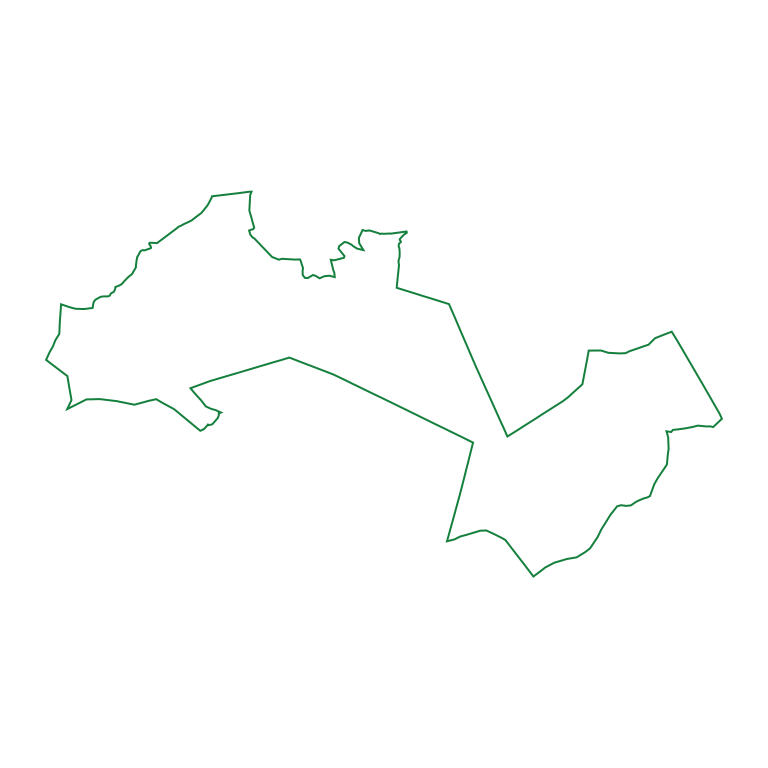 the district of Tlilapan, Veracruz, Mexico
{"feature_id": "50627088B86666193440350", "entity_name": "Tlilapan", "entity_type": "district", "adm_level": 2, "iso_a3": "MEX", "parent_name": "Mexico", "parent_adm1": "Veracruz", "projection": "orthographic", "projection_center": [-97.081, 18.793], "detail": "fine", "context": "isolated", "style": "outline", "palette": "green", "viewbox_px": 768, "rotation_deg": 0, "n_neighbors": 0, "source": "geoboundaries", "source_scale": "gbopen_adm2", "svg_char_len": 5053}
<svg xmlns="http://www.w3.org/2000/svg" viewBox="0 0 768 768"><path d="M671.7,331.7L662.3,335.3L657.1,337.4L655.2,338.1L650.2,343.0L648.6,344.7L644.3,346.1L636.3,348.9L629.8,351.1L625.5,353.2L619.3,353.4L619.2,353.4L608.3,352.8L601.0,350.5L588.7,350.6L587.0,360.1L585.4,368.5L582.4,384.2L580.4,386.1L578.0,388.2L567.9,397.4L563.0,401.1L540.7,415.3L536.3,418.2L526.5,424.4L523.3,426.4L518.9,429.3L507.4,436.5L503.6,427.9L502.5,425.5L501.8,424.1L495.7,410.5L491.0,400.0L488.0,393.4L480.8,377.5L478.6,372.6L476.1,367.0L472.7,359.2L465.5,342.4L460.1,329.9L454.2,316.0L449.0,304.1L444.9,302.8L430.5,298.3L422.6,295.9L418.3,294.5L396.7,287.8L397.6,278.3L398.4,270.9L398.7,267.8L398.8,267.2L399.0,264.7L398.8,263.7L398.5,262.4L398.7,260.1L399.5,257.3L399.6,255.0L399.7,253.0L399.4,248.8L399.4,248.2L399.2,247.8L398.9,247.0L398.7,246.3L398.8,244.7L399.0,243.8L399.3,243.4L400.3,242.6L400.9,241.9L400.7,241.1L400.2,240.6L399.8,240.1L399.7,239.7L399.7,239.3L400.0,238.9L400.3,238.6L400.7,238.1L401.1,237.6L401.6,237.0L402.5,236.1L403.1,235.5L404.2,234.4L405.4,233.7L406.5,233.1L406.8,232.3L406.5,231.5L390.5,233.7L390.1,233.5L384.0,233.8L381.2,233.6L380.2,234.0L378.2,233.1L369.7,230.5L365.6,230.9L362.6,230.0L358.9,237.9L359.2,243.2L363.4,250.1L357.1,248.6L353.4,246.3L351.2,244.5L347.5,242.6L344.5,242.0L339.2,246.1L338.5,248.7L344.5,256.1L343.9,257.8L334.2,260.3L330.8,259.8L333.2,269.8L333.3,270.2L334.3,272.6L334.7,277.1L329.5,275.7L324.4,276.2L319.6,278.3L315.7,275.9L313.0,275.0L307.7,278.1L305.0,277.9L302.7,275.1L302.6,270.9L303.0,268.2L300.9,261.5L300.0,259.4L295.6,259.6L281.8,258.8L279.0,259.7L272.1,257.0L254.2,238.3L252.4,237.3L250.3,234.6L249.1,230.5L253.2,229.1L253.7,228.5L254.2,227.8L253.2,224.1L253.0,223.6L251.9,219.4L251.3,217.2L250.6,215.0L249.4,210.7L249.4,209.7L249.5,207.7L249.7,204.4L249.9,200.4L250.2,194.9L250.6,194.0L251.0,193.0L251.5,191.7L250.1,191.7L249.8,191.7L246.4,192.1L239.8,193.0L212.0,196.3L211.7,197.4L210.2,200.4L208.6,203.5L207.1,205.9L205.3,208.1L203.3,210.7L200.9,213.4L199.4,214.4L199.1,214.7L196.0,217.0L195.8,217.1L194.5,218.2L193.1,219.2L192.1,220.1L191.8,220.3L188.1,222.2L183.4,224.3L182.0,225.2L178.7,226.7L175.1,229.6L173.0,231.1L169.7,233.6L163.9,238.0L157.0,243.1L152.6,242.8L149.8,242.8L149.2,243.3L149.4,244.5L150.5,245.7L151.0,247.7L150.8,248.2L144.4,250.4L142.5,250.1L140.6,251.1L139.6,252.8L138.5,254.9L137.8,256.1L137.3,256.8L136.5,260.8L136.3,262.8L136.1,264.1L135.9,265.3L135.9,267.4L134.5,269.8L133.9,270.8L132.0,274.1L128.8,276.6L126.8,278.5L125.5,279.9L124.3,281.1L122.9,282.8L121.8,284.0L119.7,285.3L115.3,287.1L115.2,289.0L114.5,290.5L113.8,291.9L112.0,292.8L110.8,293.6L109.8,295.5L108.5,296.3L107.1,296.4L103.7,296.4L100.7,296.8L98.8,297.8L95.6,299.6L93.9,301.6L93.2,304.0L92.7,307.8L92.3,308.0L84.4,309.0L81.0,309.0L80.1,308.9L75.6,308.8L69.3,307.1L61.1,304.3L59.8,322.5L59.3,333.9L55.4,340.2L53.1,345.9L52.7,346.9L49.8,351.8L46.1,359.9L63.7,373.3L67.4,376.1L69.3,387.6L71.5,400.1L67.2,409.1L69.6,407.9L85.3,400.0L86.4,399.4L92.3,399.3L94.8,399.2L99.9,399.1L103.3,399.5L111.3,400.5L117.3,401.2L119.8,401.8L125.0,402.8L134.3,404.7L143.8,402.2L148.4,400.9L153.9,399.7L156.3,399.2L161.8,402.5L169.2,406.5L171.8,407.9L174.4,409.4L185.4,418.5L200.3,430.8L204.1,429.0L207.4,425.3L207.8,424.9L208.0,424.6L208.6,425.2L212.0,424.4L213.0,423.6L213.8,422.6L217.8,418.0L218.8,415.3L218.8,413.1L219.9,412.9L220.6,412.6L220.9,412.5L215.4,410.0L211.2,408.9L205.8,406.4L203.3,403.1L201.1,400.3L196.6,395.4L194.0,392.5L190.5,388.2L195.7,386.3L210.2,381.0L224.8,376.7L234.3,373.9L236.7,373.2L251.8,368.7L258.5,366.7L267.0,364.2L273.7,362.2L280.7,360.2L286.6,358.4L289.4,357.6L303.9,363.2L316.8,368.1L332.1,374.0L334.7,375.1L345.1,380.1L351.0,383.0L354.0,384.5L356.2,385.5L358.4,386.6L366.6,390.6L371.3,392.9L375.9,395.1L381.8,397.9L388.1,401.0L393.5,403.6L400.0,406.8L403.1,408.3L407.4,410.4L412.0,412.7L412.5,412.9L416.2,414.7L421.8,417.5L427.7,420.4L433.4,423.2L438.8,425.8L442.5,427.6L445.2,428.9L451.2,431.9L451.5,432.0L458.9,435.6L470.2,441.2L472.7,442.4L473.1,442.6L472.8,443.5L468.8,459.4L468.3,461.6L466.1,470.0L465.2,473.8L462.1,485.9L461.8,487.1L460.4,492.4L460.0,494.1L457.5,503.1L457.2,504.3L454.0,516.0L447.0,541.3L454.5,539.4L460.2,536.5L465.9,535.0L480.2,530.7L486.4,530.5L495.2,534.6L501.3,537.7L505.4,540.0L509.9,545.9L523.8,563.9L533.4,576.5L542.2,569.9L545.2,567.5L554.3,562.7L562.2,560.4L566.8,559.0L571.6,558.2L576.5,557.4L577.0,557.1L585.2,552.1L590.1,548.3L597.6,537.1L601.3,529.5L602.6,527.3L603.0,526.8L607.9,518.9L608.4,518.1L610.7,514.4L612.2,512.6L617.1,506.3L619.7,505.6L620.9,505.2L626.3,505.9L630.9,505.4L636.4,501.6L638.6,500.6L643.2,498.6L647.4,497.4L650.0,496.0L654.2,484.4L657.8,478.0L658.4,477.2L662.7,470.8L663.8,469.2L666.8,464.7L667.0,463.5L667.7,455.6L667.9,454.2L668.4,450.5L668.6,449.0L668.5,446.1L668.3,441.1L668.2,437.3L666.5,431.3L671.2,432.0L672.9,429.9L677.8,429.4L685.8,428.3L692.8,426.9L697.9,425.6L705.5,426.4L710.6,426.4L713.1,427.1L721.9,418.8L719.7,413.9L702.3,383.6L677.5,341.1L673.9,335.2L671.7,331.7Z" fill="none" stroke="#15803d" stroke-width="2"/></svg>